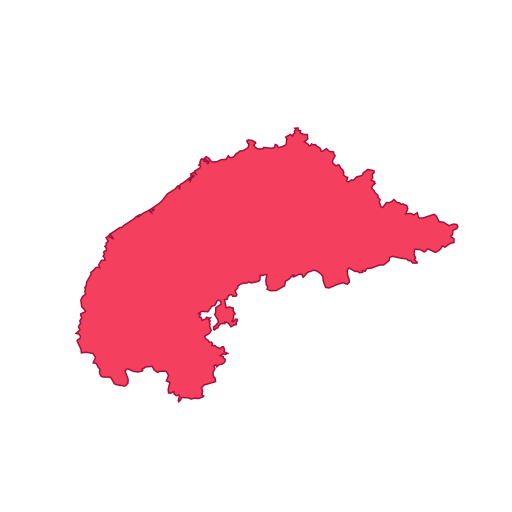 map outline of Karnataka (Natural Earth projection), rotated 68°
{"feature_id": "IND-2446", "entity_name": "Karnataka", "entity_type": "State", "adm_level": 1, "iso_a3": "IND", "parent_name": "India", "parent_adm1": "", "projection": "natural_earth1", "projection_center": [76.378, 15.043], "detail": "fine", "context": "isolated", "style": "filled", "palette": "rose", "viewbox_px": 512, "rotation_deg": 68, "n_neighbors": 0, "source": "natural_earth", "source_scale": "10m", "svg_char_len": 6135}
<svg xmlns="http://www.w3.org/2000/svg" viewBox="0 0 512 512"><g transform="rotate(68 256 256)"><path d="M182.7,388.1L182.7,386.3L181.3,383.9L183.0,384.7L187.1,381.6L182.6,382.8L180.9,382.5L178.6,371.5L179.3,369.6L178.3,367.6L175.9,355.3L174.6,352.4L174.2,347.4L174.8,350.4L175.6,350.6L174.0,344.0L173.5,337.8L174.0,338.0L174.2,337.0L175.7,337.4L176.9,336.6L175.8,336.5L174.6,334.7L175.3,334.2L174.6,333.2L173.2,336.2L171.0,326.1L169.5,322.1L165.1,314.7L163.7,306.0L161.8,302.6L162.0,301.2L165.8,302.0L161.8,300.1L161.2,299.1L161.0,296.5L158.0,285.8L159.9,289.7L160.8,289.7L160.5,288.7L161.8,288.9L159.1,285.8L159.4,284.9L158.4,284.9L158.4,283.4L157.6,283.8L157.4,286.1L155.5,285.9L155.2,282.4L157.4,281.0L154.3,281.1L153.2,274.8L151.6,273.7L150.3,275.0L149.3,273.0L148.2,273.0L146.2,271.2L145.2,269.4L146.1,270.0L147.0,267.9L148.6,268.6L150.1,266.4L152.2,266.4L152.3,265.7L151.0,264.3L147.6,267.0L146.2,267.4L145.2,265.0L148.3,262.7L150.5,262.6L152.6,261.1L153.9,256.6L153.7,252.0L155.2,247.6L152.7,244.1L155.1,243.0L155.8,241.7L155.5,239.0L153.6,236.1L153.5,233.7L152.6,232.1L153.5,228.4L152.6,222.7L149.3,220.6L147.8,221.5L145.8,221.3L145.4,219.7L147.6,216.2L150.4,213.8L151.4,214.1L151.9,216.4L154.7,216.1L157.2,214.3L159.3,210.0L158.2,208.2L161.7,201.8L162.3,199.4L162.0,197.9L159.8,196.4L161.0,195.0L163.8,194.6L164.2,193.0L164.4,187.8L163.9,186.4L159.0,183.5L156.9,184.0L156.1,178.6L158.6,177.2L156.9,175.8L156.5,174.0L154.7,173.7L154.1,171.7L152.1,172.2L153.0,169.1L155.4,169.8L156.5,167.7L158.4,168.9L161.3,166.1L162.5,162.9L166.9,164.2L168.2,168.4L171.7,165.9L173.8,165.3L174.2,164.1L172.8,162.6L174.2,161.4L175.0,159.1L176.6,158.7L180.3,156.0L183.3,156.5L183.8,155.4L182.8,150.5L186.5,148.8L188.6,145.1L190.4,145.6L192.8,145.1L196.2,149.2L198.6,150.1L202.3,148.1L202.3,145.4L203.0,144.8L206.4,144.5L208.7,143.3L211.4,143.3L213.7,144.5L215.9,143.4L217.5,141.5L220.1,143.7L221.3,143.7L222.0,141.8L221.1,139.3L222.3,137.1L220.3,133.2L221.0,128.3L220.6,126.7L219.1,125.5L217.6,119.8L221.1,114.7L223.0,115.3L223.9,117.7L227.0,118.3L228.4,120.5L229.1,120.6L231.4,118.2L232.1,119.0L233.3,118.2L234.7,121.9L236.6,123.5L240.2,121.9L241.7,122.1L245.3,120.2L247.5,120.9L250.1,119.8L252.8,121.6L257.2,121.7L258.5,120.4L255.3,114.9L256.5,112.5L256.3,109.4L255.2,107.0L259.0,105.4L260.5,103.0L262.5,101.9L262.9,99.9L264.2,99.2L265.5,97.3L269.0,97.6L273.1,101.3L274.5,96.4L277.0,94.4L276.3,90.2L281.1,91.0L282.3,89.9L283.3,86.9L284.1,75.2L286.5,73.9L293.0,73.2L294.8,69.6L300.2,65.6L300.3,61.1L302.0,58.0L304.4,57.8L305.8,59.5L306.1,63.9L310.0,65.9L310.5,67.9L311.7,67.9L314.1,66.0L317.7,67.4L317.0,70.7L318.6,77.6L316.5,79.3L318.7,82.4L319.9,86.8L319.6,88.6L314.4,93.3L313.8,94.7L315.2,97.2L315.2,98.6L311.9,101.0L309.3,105.8L309.9,106.8L313.3,108.8L317.8,108.8L318.6,110.6L322.3,108.9L322.9,109.5L321.2,113.4L318.6,114.1L317.2,116.6L315.0,117.4L313.5,120.6L307.5,129.5L307.3,132.6L310.0,134.1L312.1,140.9L310.6,145.0L310.5,153.3L309.3,157.6L309.4,158.6L311.1,160.4L309.4,162.8L311.1,163.3L310.2,166.5L308.3,167.6L307.4,170.0L301.8,174.4L303.6,176.9L308.6,178.3L313.5,178.5L315.4,179.5L316.4,182.0L313.4,185.3L312.8,190.9L313.0,200.3L311.2,203.2L304.3,203.0L300.3,201.8L297.2,202.4L292.8,205.0L290.8,207.8L290.5,214.3L293.3,219.8L292.9,220.6L291.0,220.1L289.7,221.1L289.1,222.9L289.5,228.8L289.2,229.3L287.8,228.2L287.5,229.1L289.9,234.3L290.4,238.1L294.3,240.6L295.6,250.3L293.5,255.8L290.9,258.2L288.8,256.6L286.6,257.2L282.4,256.1L277.5,253.0L276.6,254.8L276.5,257.4L275.3,259.3L279.8,261.5L280.4,263.1L279.3,270.4L277.4,272.2L277.6,274.8L276.5,277.8L276.3,281.0L277.1,284.1L278.9,285.1L280.6,288.6L284.8,288.3L285.7,289.5L284.6,292.7L282.9,292.9L282.2,294.3L282.7,296.9L285.3,298.8L284.6,301.6L292.8,303.0L293.3,299.8L295.8,296.6L298.4,297.6L301.9,297.1L302.5,299.0L305.4,300.2L307.4,302.7L308.4,301.9L306.9,298.4L307.7,297.1L309.0,297.5L309.9,299.1L312.2,300.0L311.7,302.6L312.3,305.7L307.8,306.8L305.5,309.4L307.1,310.3L305.5,313.5L306.8,316.9L308.3,318.3L308.3,320.4L309.1,322.1L308.4,322.9L305.7,321.8L305.6,320.1L303.5,315.9L301.3,315.2L294.8,316.2L293.3,314.6L289.0,312.7L287.6,306.6L285.1,305.6L283.0,307.1L282.9,308.6L286.3,312.6L286.0,315.9L289.7,321.5L287.0,326.9L287.7,330.8L288.2,330.9L288.9,329.3L291.3,331.4L292.4,329.9L295.5,330.0L295.5,326.3L294.2,324.7L295.4,324.0L296.3,321.7L297.0,323.8L299.0,322.8L300.2,324.2L302.0,324.2L303.7,325.3L308.3,325.4L310.3,328.3L311.2,333.8L313.7,333.8L316.5,331.8L318.6,331.6L319.2,329.5L321.0,329.2L322.4,330.4L323.6,327.7L325.6,326.7L328.3,324.0L327.5,321.3L328.0,320.2L331.1,320.3L332.8,321.4L335.7,318.7L335.8,321.3L334.3,323.4L334.9,326.4L336.8,324.1L338.9,324.2L340.4,323.2L342.7,324.8L343.3,326.4L343.6,328.3L342.9,330.8L344.0,333.9L341.8,334.0L342.2,336.3L345.1,336.3L347.9,339.6L350.3,340.3L352.3,340.5L353.9,339.7L357.3,340.5L356.2,352.7L357.7,355.8L361.6,356.2L364.4,358.3L366.3,357.0L366.7,357.5L366.8,362.2L364.8,366.5L364.2,370.0L362.2,371.7L359.3,378.2L361.1,379.7L362.1,382.2L360.7,382.2L357.6,379.7L356.1,379.5L355.7,382.1L355.1,382.6L353.1,383.6L351.0,383.0L351.2,386.6L350.3,388.4L347.0,387.5L340.9,383.2L338.3,385.9L334.2,382.0L331.2,382.0L329.0,382.8L326.8,388.8L327.2,390.8L323.5,393.2L319.5,393.5L317.5,400.1L318.1,401.9L317.9,403.8L319.6,403.8L320.0,404.6L319.3,409.0L317.1,412.8L312.4,417.3L313.3,420.5L322.4,420.7L325.9,422.4L327.5,425.5L327.3,426.7L322.6,434.2L321.2,435.2L315.0,436.0L313.6,436.8L310.8,443.4L309.6,444.6L306.1,445.0L302.2,443.1L300.3,444.0L295.8,444.3L294.1,447.0L289.9,442.8L285.2,443.7L281.6,449.6L280.4,454.2L276.9,453.2L267.8,453.7L266.9,453.0L266.6,450.1L264.6,448.8L262.0,449.5L260.3,451.8L258.6,447.0L255.0,447.0L252.5,443.7L250.1,443.7L247.9,440.5L244.9,440.8L243.9,440.0L243.8,435.4L243.2,434.6L237.6,436.6L231.2,434.9L228.5,431.9L227.7,428.5L224.8,428.0L222.9,426.6L221.2,426.6L220.0,424.7L216.6,422.7L211.1,415.6L209.3,415.4L208.3,411.6L206.8,409.0L206.9,407.6L208.2,405.2L205.3,405.2L202.4,401.4L202.2,400.5L203.4,397.7L201.2,397.0L199.0,397.9L197.4,395.8L195.5,396.0L194.8,394.6L195.0,392.9L193.0,391.8L190.4,392.5L190.1,390.9L187.9,390.1L187.0,387.5L182.7,388.1Z" fill="#f43f5e" stroke="#9f1239" stroke-width="1.5"/></g></svg>